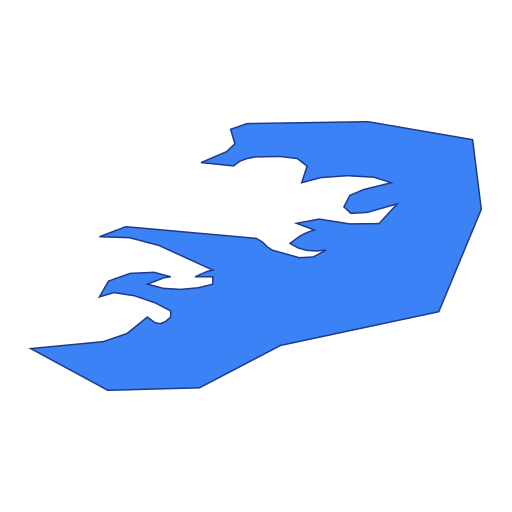 map outline of Reykjavík (Equal Earth projection)
{"feature_id": "ISL-5131", "entity_name": "Reykjavík", "entity_type": "Region", "adm_level": 1, "iso_a3": "ISL", "parent_name": "Iceland", "parent_adm1": "", "projection": "equal_earth", "projection_center": [-21.878, 64.139], "detail": "fine", "context": "isolated", "style": "filled", "palette": "blue", "viewbox_px": 512, "rotation_deg": 0, "n_neighbors": 0, "source": "natural_earth", "source_scale": "10m", "svg_char_len": 1100}
<svg xmlns="http://www.w3.org/2000/svg" viewBox="0 0 512 512"><path d="M30.7,348.6L103.4,341.6L127.0,333.5L147.4,317.0L154.8,322.6L160.4,323.7L165.5,321.5L170.7,317.0L170.7,311.0L155.7,303.1L134.7,295.8L113.9,292.6L99.4,296.9L108.5,281.1L130.1,273.4L154.1,272.3L170.7,276.8L163.9,277.8L147.5,284.2L163.2,288.3L180.8,289.4L198.0,287.8L212.8,284.2L212.8,276.8L195.0,276.8L207.3,271.4L212.8,270.1L158.8,245.4L129.5,237.7L99.5,236.7L125.8,226.7L256.4,238.4L262.8,242.3L267.2,246.8L272.2,250.1L299.2,257.7L313.1,257.0L326.1,250.1L316.2,251.0L306.9,250.4L298.2,248.0L290.0,243.4L300.3,235.8L306.8,232.6L314.3,230.0L296.5,223.3L319.0,219.1L349.7,223.9L361.4,223.8L379.0,223.6L397.2,203.9L367.1,212.4L350.9,213.4L343.9,206.9L349.9,195.3L363.8,189.5L391.3,182.7L373.8,177.2L347.5,175.7L320.7,177.6L301.7,182.7L307.1,166.1L297.2,158.5L279.9,156.5L255.6,156.9L247.5,158.4L239.8,161.2L233.6,165.9L201.0,162.6L226.5,151.7L234.9,143.7L230.6,129.3L247.0,123.6L368.0,121.7L472.6,139.7L481.3,209.3L438.8,311.7L280.6,345.4L199.4,387.8L107.8,390.3L30.7,348.6Z" fill="#3b82f6" stroke="#1e3a8a" stroke-width="1.5"/></svg>